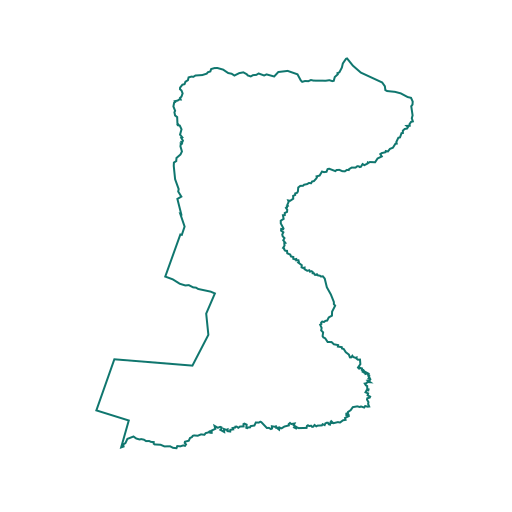 the district of Metán, Salta, Argentina, rotated 98°
{"feature_id": "61730980B22124593999918", "entity_name": "Metán", "entity_type": "district", "adm_level": 2, "iso_a3": "ARG", "parent_name": "Argentina", "parent_adm1": "Salta", "projection": "equal_earth", "projection_center": [-64.481, -25.427], "detail": "fine", "context": "isolated", "style": "outline", "palette": "teal", "viewbox_px": 512, "rotation_deg": 98, "n_neighbors": 0, "source": "geoboundaries", "source_scale": "gbopen_adm2", "svg_char_len": 6097}
<svg xmlns="http://www.w3.org/2000/svg" viewBox="0 0 512 512"><g transform="rotate(98 256 256)"><path d="M70.3,240.2L68.3,250.4L70.7,259.5L75.7,263.0L74.7,270.8L76.1,273.1L74.9,278.8L76.6,280.9L77.3,284.1L78.9,286.2L78.3,289.4L77.3,290.4L75.9,294.1L77.2,298.0L80.3,302.5L78.9,305.5L78.7,309.0L76.0,314.5L75.2,320.4L75.7,323.3L77.1,326.4L79.6,326.9L80.7,329.2L82.3,330.2L84.3,334.4L85.7,341.1L87.3,343.0L87.3,344.8L88.5,347.6L91.4,347.9L93.2,350.1L95.8,350.7L96.6,352.7L99.8,354.6L101.4,354.5L102.5,352.8L105.2,351.3L108.6,352.0L110.0,353.2L111.5,352.4L111.6,353.7L113.0,355.2L114.0,358.0L114.8,357.5L115.5,358.4L119.4,358.6L123.5,356.3L125.0,356.8L128.1,355.7L129.4,353.4L135.5,352.3L136.4,351.4L136.9,352.0L137.4,351.6L137.5,349.6L140.9,347.4L146.4,348.1L148.8,345.5L149.4,346.5L152.0,344.4L153.3,344.8L153.4,345.7L154.5,345.1L154.9,346.1L155.6,345.4L156.2,346.1L157.9,346.1L162.8,343.9L166.0,344.9L170.0,348.4L173.1,348.2L174.9,350.3L178.2,350.0L191.2,346.8L200.5,341.9L203.0,342.0L207.6,338.2L210.4,341.8L224.9,335.9L224.7,336.9L236.8,330.8L245.4,332.4L245.2,333.9L289.0,343.0L290.7,335.2L294.1,327.6L295.0,321.9L294.2,318.5L295.8,313.9L295.7,311.0L296.7,308.7L297.6,295.9L298.8,291.5L320.0,297.3L340.7,292.2L373.4,303.7L378.0,381.9L431.1,392.6L436.6,359.1L464.3,362.9L463.1,360.6L461.1,361.3L459.5,359.3L455.0,357.9L451.8,352.2L453.4,349.2L453.9,345.8L453.3,344.2L453.5,341.4L454.6,339.1L454.1,336.1L454.7,334.1L454.5,331.4L456.1,331.2L456.7,330.2L456.2,324.2L457.3,320.2L456.4,314.6L457.5,311.5L457.4,308.0L455.2,307.5L455.0,304.4L453.7,301.7L453.9,299.9L452.3,299.1L451.0,300.6L449.8,300.5L448.3,296.9L445.4,296.0L444.3,294.3L442.9,293.6L442.3,292.3L442.1,288.7L440.3,285.6L440.2,282.2L438.4,281.2L437.3,278.6L436.1,277.6L435.9,277.0L437.4,276.7L437.3,275.3L435.0,275.6L432.8,272.2L430.0,273.4L431.4,269.9L430.2,267.7L430.5,266.3L431.3,265.9L433.1,267.1L434.7,263.0L431.8,263.6L432.3,261.2L431.6,260.0L433.4,259.8L433.4,257.1L431.7,257.2L430.9,254.5L429.6,255.2L428.8,252.8L427.9,252.7L427.6,251.5L428.6,249.6L427.1,248.1L426.5,244.6L424.2,245.0L423.6,244.2L424.3,241.8L427.5,241.7L427.7,240.7L426.9,240.0L426.5,238.0L425.2,237.6L424.1,234.0L420.9,233.0L420.6,230.1L419.5,228.6L419.8,227.6L424.8,221.3L424.4,219.3L425.3,217.2L424.6,216.1L422.4,216.6L422.5,213.7L421.9,212.6L423.4,212.0L422.7,209.7L424.1,210.1L424.8,208.9L422.8,208.7L423.1,206.7L420.9,204.1L419.2,199.9L417.9,200.2L416.6,199.1L417.5,197.7L416.5,194.5L418.5,195.1L419.2,193.3L420.5,194.3L421.2,192.2L420.0,191.5L420.5,189.8L419.2,182.0L417.2,181.9L416.4,181.0L417.0,179.7L416.4,177.8L417.4,176.6L417.0,175.5L415.2,174.5L416.3,172.6L415.4,171.4L414.6,167.2L413.3,166.6L413.9,164.5L412.1,164.0L411.2,162.6L411.1,161.6L412.5,160.5L412.7,159.3L411.2,159.2L410.9,157.9L409.8,158.9L409.1,158.5L410.8,156.1L409.1,151.8L409.2,149.6L406.6,147.0L405.8,144.5L404.0,145.3L401.6,141.8L400.4,142.2L400.9,144.4L399.5,144.6L398.8,143.1L397.7,143.2L395.5,140.8L392.2,139.1L390.8,134.8L391.1,132.2L390.4,131.1L391.0,127.8L389.4,127.0L389.7,124.5L389.3,123.0L386.9,124.4L385.1,124.3L382.7,126.1L381.4,126.0L380.4,123.7L379.4,123.4L378.4,126.1L376.5,125.8L375.7,128.6L373.6,127.8L373.5,126.1L372.4,126.0L372.3,127.3L369.3,127.8L368.8,129.2L367.2,130.5L366.6,128.9L365.3,128.1L365.1,125.3L363.7,127.9L363.0,126.0L362.2,125.6L361.1,126.4L361.2,127.4L360.1,127.0L359.3,127.9L358.5,127.4L358.1,128.4L357.2,128.1L357.0,129.9L357.6,131.2L356.4,131.8L356.0,130.5L355.4,132.1L356.4,132.8L355.8,134.2L354.5,133.3L354.0,133.8L354.5,134.6L354.1,135.4L352.6,135.4L352.4,137.1L353.2,138.2L352.7,138.9L352.1,137.8L351.7,139.2L348.6,137.6L344.1,138.6L344.5,140.7L343.6,142.2L342.5,142.3L343.0,143.2L342.5,145.7L341.4,146.7L343.2,147.7L343.3,148.9L340.7,150.3L338.8,153.7L335.9,156.2L335.6,158.0L334.3,158.4L334.3,162.3L332.8,162.3L332.6,166.6L330.7,169.2L331.2,173.1L327.9,176.0L327.2,178.0L326.1,178.9L322.3,178.9L320.6,181.1L318.1,181.0L315.1,182.9L314.2,181.8L312.9,182.2L311.7,181.3L311.9,179.5L310.6,178.3L310.0,176.5L306.7,175.4L304.5,172.5L300.5,172.9L294.2,170.7L292.8,172.2L290.7,172.5L283.7,176.5L277.1,181.5L268.8,184.8L266.8,187.0L267.3,188.8L266.6,190.0L266.6,192.0L265.6,193.1L266.4,193.8L266.4,195.2L265.2,195.9L265.2,197.5L264.1,197.5L263.3,198.8L264.0,200.4L262.7,201.2L263.5,203.2L262.3,206.1L260.7,206.3L261.3,207.8L260.9,209.3L258.7,209.4L256.6,213.3L255.9,212.7L254.3,213.4L254.7,215.6L253.4,215.8L253.9,217.2L253.6,218.7L251.8,218.9L251.6,221.3L249.8,222.3L249.0,225.4L246.6,226.0L246.7,227.8L245.6,229.0L244.6,229.2L244.2,230.3L241.7,229.2L239.3,229.8L238.9,228.8L236.6,231.2L234.3,230.3L232.8,232.3L231.1,233.0L228.7,232.2L227.4,234.7L225.7,234.8L225.7,232.8L224.9,232.6L220.3,236.0L217.6,236.4L215.4,233.8L211.9,235.0L211.5,233.2L209.4,233.5L208.0,231.4L205.8,231.5L204.2,233.0L203.4,232.1L202.5,232.4L201.9,231.4L201.0,232.1L197.8,231.2L196.5,231.9L196.6,229.9L194.1,227.1L191.3,227.6L190.1,225.7L188.6,225.9L187.6,224.0L186.1,223.5L182.3,223.7L180.4,221.9L179.9,219.2L178.7,218.3L177.7,215.4L176.3,213.7L176.3,211.6L174.4,210.8L173.8,209.1L171.0,207.2L169.7,206.6L168.7,207.1L167.5,204.2L163.2,202.4L163.5,200.3L162.8,197.9L160.0,197.2L159.4,195.7L160.9,189.2L159.7,188.3L159.1,185.5L160.0,182.4L159.8,179.8L158.1,178.0L158.0,176.1L157.0,175.9L155.1,173.5L154.6,169.7L153.0,168.2L152.9,166.6L153.5,165.8L153.1,164.6L150.1,163.2L151.0,161.4L149.0,158.5L147.8,158.3L148.1,157.6L147.1,156.3L146.6,151.1L142.5,149.2L139.9,145.3L137.8,147.1L136.6,145.8L135.2,142.2L134.0,142.1L134.1,139.9L131.3,138.3L129.7,135.5L125.5,133.6L125.1,132.3L123.6,132.9L119.1,131.5L118.5,129.9L114.1,129.0L113.8,127.7L111.4,128.0L109.5,126.4L108.8,124.2L107.1,123.4L106.2,124.8L105.6,121.9L104.0,122.3L101.6,121.1L100.9,119.4L97.9,120.9L95.0,120.5L86.1,123.1L84.3,122.1L81.3,122.3L77.8,124.5L77.5,127.9L74.8,135.3L74.1,141.2L74.4,149.2L73.7,151.0L70.0,152.0L66.6,155.2L59.8,177.7L54.0,186.6L47.7,193.3L48.2,194.3L53.2,196.8L57.5,197.2L62.5,199.0L63.6,200.8L64.7,200.3L67.8,202.9L71.7,203.4L72.2,204.7L71.7,207.8L72.7,211.2L74.3,223.3L74.1,226.1L75.6,228.5L75.9,231.8L77.1,234.5L75.9,236.1L70.3,240.2Z" fill="none" stroke="#0f766e" stroke-width="2"/></g></svg>